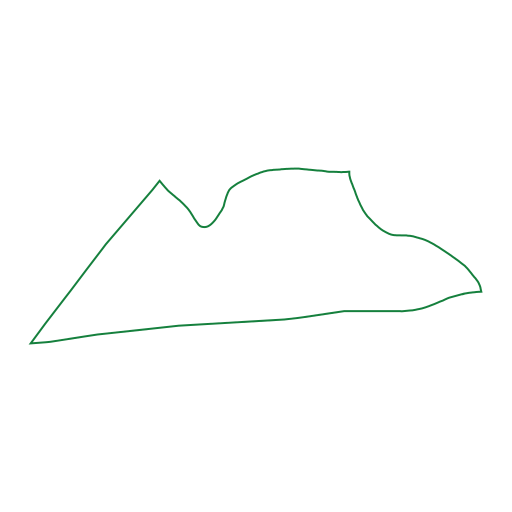 Al Abr, Hadramawt, Yemen (Robinson projection)
{"feature_id": "15242507B3031648883440", "entity_name": "Al Abr", "entity_type": "district", "adm_level": 2, "iso_a3": "YEM", "parent_name": "Yemen", "parent_adm1": "Hadramawt", "projection": "robinson", "projection_center": [47.548, 15.923], "detail": "fine", "context": "isolated", "style": "outline", "palette": "green", "viewbox_px": 512, "rotation_deg": 0, "n_neighbors": 0, "source": "geoboundaries", "source_scale": "gbopen_adm2", "svg_char_len": 4954}
<svg xmlns="http://www.w3.org/2000/svg" viewBox="0 0 512 512"><path d="M152.3,190.0L105.8,244.3L104.6,245.9L102.5,248.7L86.6,269.5L70.6,290.7L65.1,297.8L45.3,323.6L30.7,343.4L46.5,342.2L50.4,341.8L84.4,336.5L97.5,334.5L149.4,328.9L178.7,325.7L284.3,319.5L297.5,318.0L304.7,317.0L344.4,311.1L353.8,311.1L363.2,311.1L380.0,311.1L397.8,311.1L398.7,311.1L399.7,311.1L400.6,311.2L401.8,311.3L409.9,310.5L411.6,310.4L412.0,310.4L412.7,310.3L413.2,310.2L415.5,309.8L417.2,309.4L419.3,309.0L421.1,308.6L421.7,308.5L423.4,308.0L425.0,307.5L425.4,307.4L426.5,307.0L427.9,306.5L428.5,306.3L428.8,306.2L430.5,305.5L431.6,305.1L432.1,304.9L434.0,304.2L435.9,303.4L438.0,302.5L438.7,302.2L439.5,301.8L441.1,301.2L442.8,300.6L443.6,300.2L444.4,299.8L445.0,299.5L445.9,299.1L447.4,298.4L448.9,297.8L449.5,297.6L463.4,293.8L463.4,294.0L465.0,293.5L466.3,293.3L467.4,293.1L469.1,292.8L471.1,292.6L473.3,292.3L473.9,292.3L475.6,292.1L476.1,292.0L477.7,291.9L478.8,291.8L479.6,291.8L481.3,291.7L481.2,291.3L481.1,290.9L480.7,289.1L480.5,288.1L480.4,287.4L479.8,285.6L479.0,283.8L478.6,282.9L478.3,282.3L477.3,280.8L476.6,279.9L476.1,279.2L475.6,278.5L475.0,277.8L474.4,277.2L473.9,276.6L473.2,275.7L472.5,274.9L471.4,273.4L470.5,272.3L469.9,271.6L468.5,269.8L468.4,269.7L467.1,268.2L465.9,267.0L464.8,265.8L464.6,265.7L464.4,265.5L463.2,264.6L461.6,263.4L460.1,262.2L458.6,261.0L457.1,259.9L455.1,258.5L454.8,258.2L453.4,257.3L452.6,256.7L451.9,256.2L451.3,255.7L450.4,255.1L449.5,254.5L448.7,253.9L446.7,252.6L444.8,251.3L442.8,250.0L442.5,249.8L441.0,248.8L440.1,248.2L439.4,247.7L438.3,247.0L437.6,246.6L435.7,245.5L434.2,244.5L433.8,244.3L432.2,243.4L430.4,242.5L429.7,242.1L428.4,241.4L426.6,240.6L425.9,240.3L425.0,239.9L423.3,239.3L423.1,239.2L421.8,238.8L420.7,238.5L420.2,238.4L418.9,238.0L418.7,237.9L417.0,237.5L415.1,236.9L414.6,236.8L413.4,236.4L412.3,236.2L411.6,236.1L410.6,235.9L409.9,235.8L408.0,235.7L407.3,235.6L406.3,235.4L404.6,235.4L402.8,235.4L401.0,235.4L400.0,235.3L399.4,235.3L398.4,235.3L397.3,235.3L396.3,235.3L395.5,235.2L394.8,235.2L393.8,235.1L392.1,234.8L390.6,234.4L390.4,234.3L389.9,234.1L388.8,233.7L387.3,232.9L386.8,232.7L385.5,232.0L384.1,231.2L383.3,230.8L382.4,230.2L380.9,229.2L380.2,228.6L379.5,228.1L378.2,227.0L377.9,226.7L376.9,225.8L375.4,224.6L374.0,223.1L372.8,221.9L371.3,220.3L369.9,218.8L368.5,217.4L368.0,216.9L367.2,216.1L366.8,215.4L366.2,214.7L365.1,213.1L364.2,211.8L364.1,211.6L363.0,210.0L362.2,208.3L361.2,206.4L360.3,204.7L360.1,204.2L359.5,202.8L358.9,201.5L358.7,201.1L358.2,200.1L357.9,199.3L357.8,199.0L357.2,197.7L357.1,197.2L356.6,196.0L355.8,193.9L355.4,192.7L355.2,192.0L354.5,190.1L353.8,188.4L353.7,188.3L353.0,186.4L352.4,184.7L351.9,183.4L351.7,183.1L351.0,181.1L350.8,180.6L350.4,179.4L350.0,178.0L349.9,177.3L349.6,176.2L349.4,175.2L349.3,173.5L349.3,173.3L349.3,171.7L348.7,171.7L346.9,171.9L345.0,172.0L344.8,172.0L343.0,172.0L342.2,172.1L341.3,172.2L340.3,172.1L339.1,172.0L338.0,172.0L337.1,171.9L335.1,171.9L334.4,171.8L333.0,171.8L332.3,171.8L331.1,171.8L329.0,171.8L328.2,171.7L327.1,171.6L325.8,171.3L325.2,171.2L324.3,171.1L323.2,170.9L321.5,170.7L319.6,170.6L317.9,170.5L317.2,170.5L316.2,170.4L315.3,170.3L314.4,170.2L312.5,170.0L310.6,169.8L308.9,169.7L306.6,169.4L304.9,169.3L303.0,169.1L301.0,168.9L300.3,168.8L298.9,168.6L296.8,168.6L294.6,168.6L292.5,168.7L291.9,168.7L290.6,168.7L289.0,168.8L286.2,168.9L283.7,169.1L282.2,169.2L281.6,169.2L279.9,169.5L277.9,169.6L277.1,169.7L276.1,169.7L274.3,169.8L273.7,169.8L272.0,170.1L271.8,170.1L270.1,170.2L267.9,170.5L266.9,170.7L265.9,171.0L263.6,171.5L262.0,172.1L260.5,172.5L258.6,173.3L258.3,173.5L256.7,174.0L255.9,174.3L255.2,174.6L253.5,175.3L252.9,175.6L251.9,176.0L249.9,177.0L249.2,177.4L248.1,178.0L246.3,179.0L245.4,179.4L244.7,179.8L244.3,180.0L242.3,181.0L241.2,181.5L240.6,181.8L239.1,182.6L238.3,183.0L237.6,183.4L236.2,184.3L234.5,185.5L233.9,185.9L233.0,186.6L232.5,186.9L231.6,187.6L231.1,188.0L230.4,188.7L229.8,189.4L229.2,190.1L228.3,191.8L227.7,193.0L227.6,193.4L226.8,195.4L226.3,196.7L226.1,197.4L225.6,199.1L225.0,201.0L224.5,202.8L224.1,204.6L223.6,206.5L222.6,208.4L222.1,209.4L221.8,210.1L220.7,211.7L219.7,213.1L218.5,215.0L217.3,216.8L216.2,218.5L215.2,219.9L214.0,221.3L212.5,222.9L211.0,224.3L209.7,225.3L208.5,226.0L208.2,226.2L206.6,226.8L204.8,227.1L203.1,227.0L201.5,226.7L200.4,226.2L199.9,225.9L198.5,224.6L198.1,224.0L197.9,223.8L197.0,222.5L196.5,221.8L195.9,220.9L195.2,219.9L194.9,219.5L194.1,218.3L193.8,217.8L192.9,216.2L191.7,214.3L191.2,213.5L190.4,212.2L190.0,211.6L189.4,210.8L188.9,210.1L188.4,209.4L186.9,207.6L185.5,206.2L184.0,204.6L182.5,203.1L181.0,201.7L180.2,200.9L179.7,200.4L178.1,199.2L176.9,198.2L176.7,198.0L175.3,196.9L175.2,196.7L173.9,195.6L172.5,194.5L172.1,194.1L171.0,193.2L169.6,192.0L169.0,191.5L168.0,190.6L167.0,189.5L166.6,189.0L165.5,187.8L164.7,186.9L164.3,186.4L163.7,185.7L162.9,184.8L159.6,180.8L152.3,190.0Z" fill="none" stroke="#15803d" stroke-width="2"/></svg>